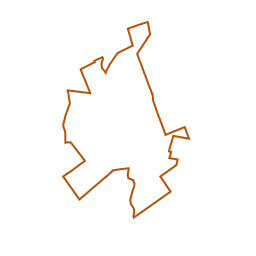 Lehliu, Calarasi, Romania (Natural Earth projection), rotated 320°
{"feature_id": "2599482B77078336789858", "entity_name": "Lehliu", "entity_type": "district", "adm_level": 2, "iso_a3": "ROU", "parent_name": "Romania", "parent_adm1": "Calarasi", "projection": "natural_earth1", "projection_center": [26.817, 44.478], "detail": "fine", "context": "isolated", "style": "outline", "palette": "amber", "viewbox_px": 256, "rotation_deg": 320, "n_neighbors": 0, "source": "geoboundaries", "source_scale": "gbopen_adm2", "svg_char_len": 3767}
<svg xmlns="http://www.w3.org/2000/svg" viewBox="0 0 256 256"><g transform="rotate(320 128 128)"><path d="M75.0,200.3L81.1,200.9L119.7,204.1L121.6,185.9L141.4,187.5L141.8,187.0L142.7,186.3L145.7,184.1L145.8,184.0L144.2,182.2L143.9,181.9L143.7,181.8L143.6,181.6L143.1,180.9L140.3,177.7L145.7,174.0L144.3,172.4L144.3,172.2L150.0,168.2L150.4,168.1L152.4,166.8L157.6,163.1L167.9,175.4L172.0,163.7L164.4,161.3L158.8,159.4L152.3,157.4L153.3,155.0L153.8,153.7L154.0,153.2L154.3,152.3L154.5,151.7L154.9,150.7L155.4,149.2L156.1,147.1L156.9,145.1L158.1,141.4L161.0,133.2L164.6,123.7L168.8,117.5L168.3,117.3L169.5,114.4L170.3,111.9L174.6,99.8L175.8,96.5L175.8,96.4L178.2,89.7L179.0,87.6L180.3,83.6L182.1,78.7L182.6,77.3L182.7,77.1L183.6,76.8L197.1,72.8L201.3,71.5L202.9,71.1L204.5,70.6L205.0,70.5L205.3,70.4L205.8,69.4L207.3,66.6L208.9,63.7L211.2,59.4L209.2,58.6L206.6,57.5L204.8,56.8L203.1,56.1L201.3,55.4L198.5,54.4L196.7,53.7L195.6,53.3L194.0,52.7L192.3,52.0L191.6,51.9L191.2,52.9L190.6,54.3L190.3,55.1L188.4,59.3L187.2,61.9L184.5,67.9L184.4,67.8L172.7,65.0L168.1,64.0L168.0,63.9L166.9,64.2L165.9,64.5L164.3,65.0L162.4,65.5L159.8,66.2L157.7,66.8L155.8,67.3L154.5,67.7L154.2,67.8L152.3,68.6L149.5,69.7L148.6,70.2L147.4,70.6L147.2,70.7L146.8,71.0L146.5,71.3L146.6,68.2L146.6,66.7L146.6,66.0L146.6,65.2L147.1,64.5L147.9,63.4L148.4,62.6L149.1,61.6L149.4,61.4L150.6,60.6L151.5,60.0L152.5,59.4L153.6,58.7L153.9,57.2L149.3,56.0L145.6,55.0L144.5,54.8L144.5,54.7L144.5,54.9L144.6,55.7L144.6,56.1L143.7,55.9L137.3,54.4L129.4,52.6L128.9,54.1L127.3,59.0L126.6,61.2L125.8,63.8L124.9,66.6L124.1,68.9L123.0,72.4L122.1,75.3L121.6,76.8L121.4,77.1L114.1,69.1L109.9,64.6L106.0,60.4L105.7,60.5L105.6,61.0L105.5,61.6L105.4,61.7L104.8,62.8L103.9,64.2L103.2,65.4L102.8,65.9L101.9,67.4L101.6,67.9L100.8,69.2L100.2,70.3L99.5,71.4L99.4,71.6L99.2,71.8L97.5,72.9L96.2,73.5L94.8,74.4L90.6,76.8L88.7,77.9L88.3,78.1L86.6,79.4L85.3,80.3L84.7,80.8L84.4,81.0L82.3,82.5L80.9,83.5L80.7,83.7L79.8,84.8L79.6,85.1L79.4,85.4L79.3,85.5L79.1,86.2L78.6,87.5L78.2,88.8L77.7,90.0L77.6,90.3L77.4,90.7L77.1,91.0L76.8,91.4L76.7,91.5L75.7,92.8L75.1,93.5L74.4,94.4L73.8,95.1L73.2,95.8L72.2,97.1L71.6,97.8L70.6,99.1L71.0,99.2L71.3,99.3L71.7,99.6L72.2,100.0L73.1,100.7L73.6,101.1L73.9,101.4L74.9,102.2L74.8,104.3L74.7,106.7L74.5,110.0L74.5,111.9L74.4,114.0L74.3,116.2L74.1,120.3L74.0,121.9L73.9,123.5L73.9,125.4L73.8,125.5L73.6,125.6L72.3,125.5L69.6,125.2L66.9,125.0L57.1,124.5L56.9,124.4L55.5,124.3L53.4,124.1L52.2,123.9L51.7,123.6L51.2,123.9L49.6,123.7L47.6,123.5L47.1,123.5L46.8,127.1L46.4,132.6L46.0,137.9L45.6,142.6L45.5,143.8L44.8,151.6L47.3,151.5L49.6,151.5L54.4,151.5L55.2,151.4L55.3,151.4L58.3,151.4L58.7,151.3L59.5,151.3L69.5,151.3L74.8,151.2L78.7,151.2L82.4,151.2L85.9,151.1L86.3,151.1L86.7,151.0L86.8,151.0L87.2,151.0L87.8,151.1L88.2,151.1L88.7,150.6L89.0,150.7L89.5,150.9L89.7,151.0L90.7,151.7L92.5,152.7L96.3,155.1L97.8,156.1L99.4,157.1L101.7,158.6L102.6,159.2L101.5,160.6L99.9,161.7L99.6,162.0L99.2,162.3L98.7,163.0L98.0,163.4L97.8,163.7L97.5,164.0L97.1,164.6L96.8,165.2L96.6,165.5L96.2,166.1L96.0,166.8L96.3,167.4L96.6,167.8L96.8,168.1L97.0,168.5L97.3,169.1L97.6,169.9L97.7,170.2L97.8,170.7L98.2,170.9L98.5,171.3L98.4,171.7L98.2,172.1L98.1,172.4L97.8,172.5L97.7,172.9L97.6,173.6L97.4,174.4L97.2,174.7L95.7,176.3L95.1,176.8L94.0,177.4L93.2,177.9L92.2,178.4L90.3,179.6L88.4,180.9L87.5,181.6L87.4,181.7L86.5,182.5L86.3,182.7L84.4,183.7L84.2,183.9L83.9,184.2L83.7,184.4L83.4,184.8L82.7,185.7L82.3,186.2L81.9,186.9L81.7,187.3L81.5,187.8L81.3,188.5L81.3,188.9L81.2,189.2L81.0,190.4L81.0,191.0L80.8,192.7L80.8,192.8L80.5,193.6L80.4,193.8L80.2,194.4L79.6,195.4L79.3,195.7L79.1,195.9L78.5,196.5L77.9,197.1L77.0,197.8L76.1,198.5L75.4,199.2L75.2,200.0L75.0,200.3Z" fill="none" stroke="#b45309" stroke-width="2"/></g></svg>